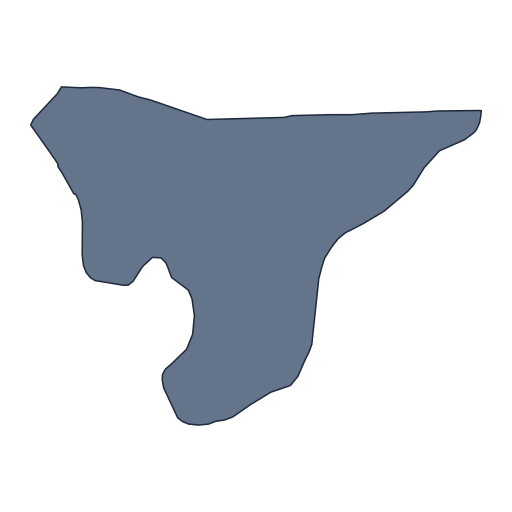 San Bartolo, Totonicapán, Guatemala
{"feature_id": "79465075B3234848459955", "entity_name": "San Bartolo", "entity_type": "district", "adm_level": 2, "iso_a3": "GTM", "parent_name": "Guatemala", "parent_adm1": "Totonicapán", "projection": "equal_earth", "projection_center": [-91.463, 15.109], "detail": "fine", "context": "isolated", "style": "filled", "palette": "slate", "viewbox_px": 512, "rotation_deg": 0, "n_neighbors": 0, "source": "geoboundaries", "source_scale": "gbopen_adm2", "svg_char_len": 1194}
<svg xmlns="http://www.w3.org/2000/svg" viewBox="0 0 512 512"><path d="M61.4,86.9L57.4,93.6L33.4,119.3L30.7,125.0L51.7,154.8L58.0,164.0L57.9,166.5L62.0,172.8L73.9,193.9L75.7,194.3L78.3,199.4L81.2,210.2L82.4,221.9L82.2,255.2L83.5,265.6L86.2,272.6L90.4,277.7L95.1,280.6L100.0,281.4L123.6,285.3L128.3,285.1L133.1,281.3L142.6,266.5L152.5,257.4L161.0,257.9L165.7,262.6L167.6,266.8L171.5,277.4L188.3,290.1L192.0,298.8L194.4,315.8L192.6,334.3L186.5,349.4L177.2,358.3L172.6,362.9L165.6,368.9L163.8,371.9L162.4,375.0L162.2,379.9L163.7,388.0L177.7,417.8L182.5,421.6L188.3,424.0L198.4,425.1L208.5,424.1L215.5,421.4L224.9,419.9L232.8,416.9L250.2,404.8L270.8,392.2L290.4,385.5L297.9,376.4L304.7,360.7L309.4,351.2L311.8,344.4L318.8,278.7L321.6,267.8L324.6,258.3L331.3,247.5L338.2,238.6L345.6,232.6L352.3,229.3L363.6,223.4L384.2,211.1L407.6,191.4L413.3,185.2L424.1,167.8L439.4,150.8L464.6,139.7L473.6,132.9L476.1,130.1L477.8,126.9L479.6,122.6L480.6,117.1L481.3,110.7L479.5,110.5L437.4,111.0L425.6,111.9L371.9,113.1L352.1,114.7L329.8,114.7L291.8,115.6L284.4,117.4L207.0,119.5L150.5,100.0L138.0,96.8L119.6,90.0L99.6,87.6L91.8,87.4L80.8,87.8L61.4,86.9Z" fill="#64748b" stroke="#1e293b" stroke-width="1.5"/></svg>